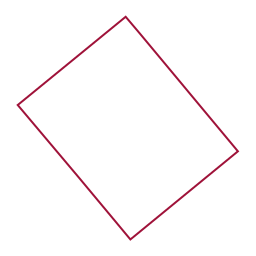 Logan, Kansas, United States of America (Robinson projection), rotated 50°
{"feature_id": "52423323B59948780820812", "entity_name": "Logan", "entity_type": "district", "adm_level": 2, "iso_a3": "USA", "parent_name": "United States of America", "parent_adm1": "Kansas", "projection": "robinson", "projection_center": [-101.227, 38.917], "detail": "fine", "context": "isolated", "style": "outline", "palette": "rose", "viewbox_px": 256, "rotation_deg": 50, "n_neighbors": 0, "source": "geoboundaries", "source_scale": "gbopen_adm2", "svg_char_len": 241}
<svg xmlns="http://www.w3.org/2000/svg" viewBox="0 0 256 256"><g transform="rotate(50 128 128)"><path d="M41.3,58.3L39.5,197.7L133.3,197.5L214.9,197.8L216.5,58.8L64.0,58.2L41.3,58.3Z" fill="none" stroke="#9f1239" stroke-width="2"/></g></svg>